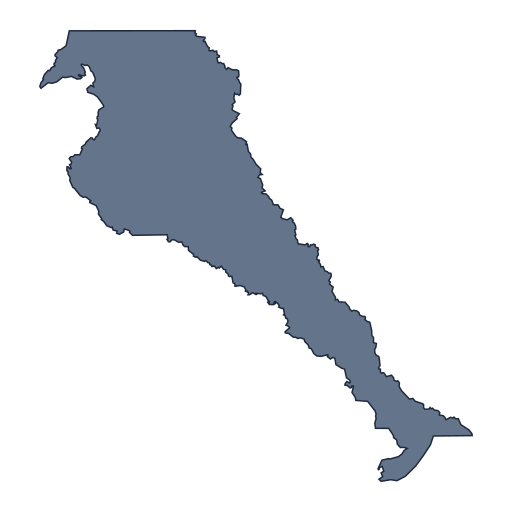 Urucará, Amazonas, Brazil
{"feature_id": "56859067B25055212595195", "entity_name": "Urucará", "entity_type": "district", "adm_level": 2, "iso_a3": "BRA", "parent_name": "Brazil", "parent_adm1": "Amazonas", "projection": "orthographic", "projection_center": [-58.835, -1.25], "detail": "fine", "context": "isolated", "style": "filled", "palette": "slate", "viewbox_px": 512, "rotation_deg": 0, "n_neighbors": 0, "source": "geoboundaries", "source_scale": "gbopen_adm2", "svg_char_len": 5912}
<svg xmlns="http://www.w3.org/2000/svg" viewBox="0 0 512 512"><path d="M381.1,481.3L390.9,479.7L396.9,480.7L405.3,476.3L415.6,466.1L423.2,455.8L430.4,444.9L433.4,436.0L472.2,435.6L471.9,433.6L468.8,429.8L460.9,424.7L458.3,418.7L455.7,418.8L454.0,417.1L453.0,418.0L450.5,417.3L445.9,419.8L444.9,417.4L443.1,415.6L439.3,415.1L439.8,412.7L438.1,410.7L434.2,410.0L432.6,408.2L431.3,408.9L430.1,407.5L428.8,409.1L424.6,409.2L423.7,407.9L423.6,404.6L422.7,403.7L415.3,401.3L412.8,398.4L409.5,399.1L401.6,390.8L399.1,386.5L399.4,383.0L397.9,380.8L396.3,381.4L394.0,380.2L393.6,377.8L391.5,375.2L386.4,376.6L384.2,373.2L382.8,372.6L381.6,373.2L380.5,372.4L380.4,369.1L379.0,369.1L378.5,368.0L380.0,365.6L379.2,357.9L378.7,356.5L375.9,354.8L374.7,352.3L374.8,348.8L375.8,347.6L376.4,343.5L373.5,342.6L373.5,337.5L371.9,335.6L371.6,330.2L369.8,322.2L367.4,321.6L364.9,319.5L365.5,317.8L365.0,316.5L362.4,316.3L359.5,314.9L359.0,312.6L356.8,310.9L353.6,310.3L351.9,311.1L349.9,309.4L349.0,306.8L345.0,302.2L339.0,301.9L337.6,299.4L335.3,299.8L335.5,297.4L332.0,291.4L333.2,287.1L329.5,284.1L330.3,282.1L328.8,280.5L331.1,276.7L331.2,274.3L330.6,273.2L328.8,273.1L327.3,271.7L324.9,270.9L323.1,266.5L320.8,266.9L320.4,264.3L318.6,262.0L319.5,261.1L319.1,260.0L317.9,260.2L316.8,259.1L317.2,256.3L318.3,255.0L317.6,250.5L318.6,249.9L317.9,247.6L316.5,247.7L315.2,246.3L315.2,244.8L313.5,244.1L312.4,244.9L310.5,244.8L309.5,246.8L308.0,246.5L308.2,244.2L307.2,243.4L305.2,244.9L298.0,243.7L297.4,239.9L296.1,238.7L295.0,235.7L295.9,234.8L294.6,230.1L295.9,229.1L295.6,226.1L294.3,223.2L292.5,221.7L293.1,220.2L290.8,217.7L287.1,219.9L282.3,218.5L280.8,217.2L283.4,209.8L280.0,208.3L278.1,204.9L273.4,204.7L271.7,200.1L269.2,198.2L268.9,196.9L266.0,193.9L262.3,193.7L261.5,192.4L265.1,190.9L262.1,187.9L262.7,184.9L260.3,178.5L257.9,177.5L259.5,174.9L262.2,174.5L260.2,172.6L260.7,168.9L255.9,164.0L253.3,159.5L251.0,157.2L250.5,153.8L248.4,151.5L247.1,144.2L245.8,144.5L246.5,141.7L241.5,138.1L237.7,137.8L236.1,136.7L231.5,130.3L231.9,127.9L230.1,126.3L232.4,122.8L237.1,118.6L236.4,117.4L239.4,113.7L233.5,110.8L232.0,109.4L233.0,106.0L232.1,104.8L235.1,101.9L233.8,98.1L234.6,93.2L236.3,94.5L237.7,94.2L239.1,95.3L240.4,93.9L240.8,83.9L239.7,82.8L238.5,79.6L236.9,78.3L237.0,77.1L238.5,77.0L238.9,75.5L238.6,70.9L236.8,69.9L232.0,69.7L228.1,67.6L226.6,69.4L224.7,67.4L224.9,66.1L223.7,63.6L222.5,63.7L220.5,62.4L218.1,62.8L216.9,57.8L219.3,57.0L219.4,55.8L217.1,54.5L216.6,51.0L214.1,51.7L213.5,50.5L212.3,50.2L210.1,51.1L209.0,50.2L209.3,47.9L207.5,46.5L205.0,41.3L203.9,41.8L203.3,40.7L205.0,38.5L204.9,37.3L197.0,36.4L195.6,35.3L196.3,33.8L195.0,33.2L195.2,30.7L69.3,30.8L66.1,45.7L61.2,49.4L58.1,50.2L57.7,51.8L55.1,54.5L55.1,55.9L57.3,57.7L55.4,60.4L55.5,62.5L54.1,63.3L54.0,64.7L55.0,65.9L51.5,67.6L49.7,70.6L48.2,70.4L44.5,74.5L42.8,78.7L43.5,79.5L41.0,82.7L39.8,86.5L41.0,88.3L48.1,82.7L52.1,83.3L56.7,81.9L62.6,77.2L65.5,77.6L71.4,76.4L77.1,79.1L80.5,78.7L81.9,77.4L78.5,75.6L79.0,74.6L82.2,75.8L84.5,75.8L85.5,75.1L84.6,73.4L85.3,72.2L83.5,67.6L81.5,65.7L81.3,64.4L82.7,64.3L84.9,65.5L87.3,65.0L89.3,66.7L90.8,70.8L92.7,72.3L95.4,78.9L94.5,81.6L92.9,83.0L93.6,86.8L90.9,85.2L86.9,88.7L87.8,92.3L93.8,94.3L97.6,97.0L103.5,105.4L103.5,107.0L98.9,109.8L98.1,112.4L98.3,115.8L97.3,116.6L97.0,118.4L97.8,119.9L96.7,124.9L95.4,124.5L96.8,128.4L99.1,128.0L100.0,129.3L100.0,131.2L99.0,132.1L97.6,135.9L96.2,136.6L94.3,139.9L92.9,139.3L92.4,138.0L90.9,137.8L86.0,142.2L85.4,144.1L81.8,146.8L81.4,148.2L82.3,149.0L79.8,154.7L74.8,154.8L73.2,156.5L70.5,156.9L69.2,158.8L71.6,161.9L70.9,164.4L69.6,164.6L71.2,168.5L69.9,168.8L68.2,166.9L67.0,166.8L66.9,170.7L67.9,171.5L68.1,174.1L70.1,177.4L69.8,180.6L72.9,187.5L74.2,188.0L80.2,195.5L83.2,197.3L85.7,196.9L90.7,200.7L89.8,201.3L89.8,202.6L96.1,205.6L98.8,211.2L98.4,214.1L101.7,218.5L101.2,219.6L103.6,221.3L106.8,225.7L111.2,227.6L112.2,227.1L113.2,230.1L117.1,231.0L116.7,233.3L119.4,234.3L123.7,232.0L124.3,228.9L129.2,230.6L129.9,231.2L129.5,232.4L132.6,235.3L167.2,234.8L167.9,238.8L166.9,239.3L168.4,241.7L169.9,241.9L172.2,239.7L174.5,239.9L178.4,242.2L182.0,242.1L182.8,244.8L184.5,246.5L188.2,246.7L188.6,250.5L193.7,254.5L193.4,256.1L195.9,257.4L196.9,256.6L200.4,260.2L204.5,261.4L205.9,260.6L208.0,262.7L209.6,263.0L209.8,264.6L211.5,265.3L211.8,266.5L214.5,266.0L216.3,268.6L218.5,267.4L219.3,268.0L221.3,266.1L223.4,269.2L225.6,269.8L225.8,272.1L228.5,274.4L228.3,275.8L229.4,276.5L231.8,276.3L233.1,282.8L234.8,283.7L235.0,286.3L240.2,285.5L244.3,287.0L245.8,290.0L245.3,291.0L246.3,291.7L248.1,291.0L247.4,291.6L248.5,293.0L248.0,294.8L249.6,294.7L252.8,292.7L255.9,294.5L256.5,294.4L255.9,293.5L256.5,293.3L260.6,293.8L262.5,293.3L263.2,295.5L265.9,296.4L267.9,300.2L269.4,301.5L269.3,302.2L269.0,301.7L267.7,302.2L269.4,304.5L273.6,304.6L274.3,301.9L275.6,301.6L275.4,303.4L276.3,302.6L277.4,303.0L279.4,306.0L278.7,307.1L281.8,308.5L283.4,308.3L284.4,313.8L283.5,314.9L285.1,315.4L285.7,318.1L287.0,318.4L288.1,321.4L286.0,325.3L288.2,326.0L289.7,327.7L285.2,331.6L285.2,332.8L288.9,333.6L293.1,337.1L296.2,337.4L297.6,338.5L300.5,337.8L304.2,339.2L304.8,341.6L308.0,344.7L309.2,348.1L311.3,348.7L313.8,353.6L316.9,356.0L321.4,356.3L327.4,354.8L328.1,355.1L327.4,356.6L330.4,359.0L332.8,357.4L334.9,358.3L335.9,364.6L341.7,368.2L344.6,369.1L346.5,377.8L349.5,380.0L350.4,382.1L349.4,383.0L346.8,381.5L345.1,383.8L344.9,385.1L347.1,385.4L350.1,388.0L351.5,387.4L352.0,385.8L353.5,386.3L352.0,392.5L355.3,397.4L355.8,400.4L367.7,401.4L375.2,411.1L376.1,414.1L375.6,416.0L376.1,418.6L374.8,423.3L375.5,428.3L388.7,428.4L393.2,435.1L393.7,437.7L396.7,440.0L397.3,444.0L400.3,447.5L404.0,447.4L407.2,448.4L404.0,450.6L401.9,454.0L398.5,456.6L390.4,458.9L388.7,458.6L381.9,460.2L378.0,468.8L378.5,469.7L379.1,469.4L379.8,467.4L382.2,466.5L383.8,471.2L381.1,472.9L382.7,476.6L378.9,479.2L381.1,481.3Z" fill="#64748b" stroke="#1e293b" stroke-width="1.5"/></svg>